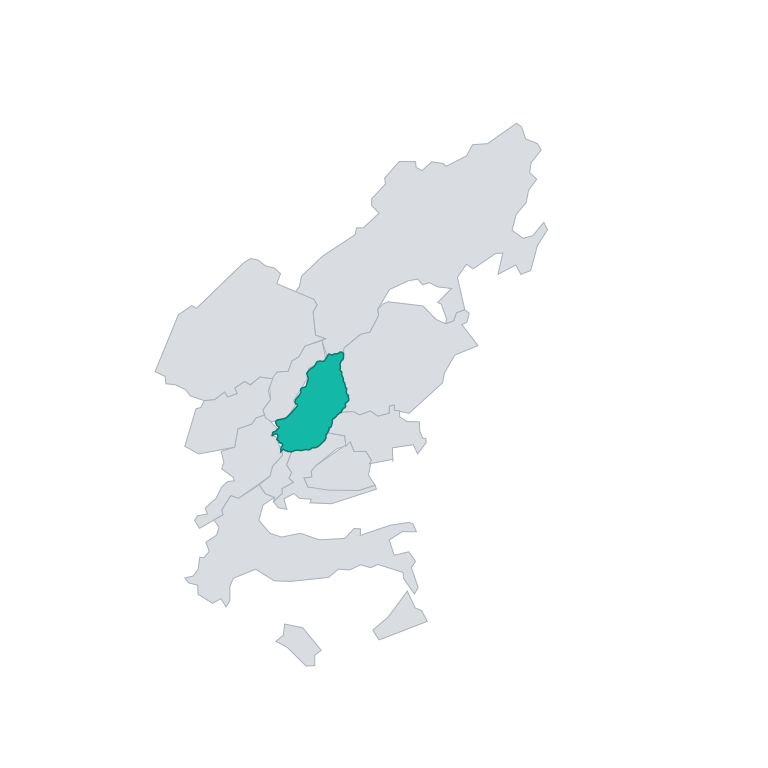 Hungary highlighted, Natural Earth projection, rotated 314°
{"feature_id": "HUN", "entity_name": "Hungary", "entity_type": "country or territory", "adm_level": 0, "iso_a3": "HUN", "parent_name": "Europe", "parent_adm1": "", "projection": "natural_earth1", "projection_center": [19.424, 47.153], "detail": "fine", "context": "with_neighbors", "style": "filled", "palette": "teal", "viewbox_px": 768, "rotation_deg": 314, "n_neighbors": 11, "source": "natural_earth", "source_scale": "50m", "svg_char_len": 8055}
<svg xmlns="http://www.w3.org/2000/svg" viewBox="0 0 768 768"><g transform="rotate(314 384 384)"><path d="M585.4,382.8L594.0,388.0L611.3,386.7L608.5,394.5L590.1,398.2L567.6,410.7L557.9,406.3L561.1,396.1L542.1,389.8L560.7,378.5L555.5,373.6L528.8,368.1L527.3,360.1L511.7,362.7L493.5,390.6L485.6,386.8L477.7,390.3L470.0,386.3L474.2,384.0L481.3,369.7L479.9,365.9L499.6,366.2L491.3,355.3L488.4,346.3L482.1,342.8L483.0,335.5L475.2,329.8L455.7,322.3L433.6,327.6L429.5,332.6L411.5,337.9L403.6,332.7L382.4,330.3L375.2,334.8L373.9,329.1L364.6,323.3L372.3,309.1L375.9,310.4L371.5,300.8L386.3,283.1L394.5,280.7L396.1,274.7L387.4,256.3L395.3,255.5L404.2,249.8L433.5,251.0L471.3,259.5L477.3,255.8L481.9,260.7L503.4,261.8L503.8,251.2L508.6,246.5L528.8,246.1L532.7,241.4L554.6,240.4L565.9,252.3L562.1,256.6L563.9,263.1L577.1,264.1L583.7,273.3L583.7,277.4L605.3,284.9L617.7,281.5L628.8,291.5L663.7,298.2L664.4,304.4L658.7,315.6L663.5,327.3L661.5,334.5L645.3,336.1L637.2,342.0L637.4,351.6L624.0,353.3L613.3,360.2L597.6,361.4L583.5,369.4L585.4,382.8Z" fill="#d9dde1" stroke="#a8b0b8" stroke-width="1"/><path d="M385.7,207.4L386.6,216.6L391.3,224.6L391.4,232.9L381.7,237.2L396.1,274.7L394.5,280.7L386.3,283.1L371.5,300.8L375.9,310.4L356.3,300.9L344.4,303.9L336.5,301.8L326.6,306.3L318.2,298.8L311.4,301.7L302.8,289.9L290.5,288.6L289.0,282.0L277.6,279.6L275.1,285.1L266.1,280.7L267.3,274.9L254.9,273.1L247.2,266.2L240.8,252.8L242.2,245.5L238.4,234.3L232.7,226.9L237.4,221.3L233.9,210.7L290.9,188.0L307.0,191.4L308.2,196.5L373.4,198.8L381.7,201.0L385.7,207.4Z" fill="#d9dde1" stroke="#a8b0b8" stroke-width="1"/><path d="M278.7,319.6L277.5,338.4L268.0,338.5L271.2,343.1L262.2,360.6L247.4,361.1L238.7,366.0L200.7,358.8L197.2,351.3L180.4,355.0L178.2,359.1L152.0,351.6L154.3,342.5L159.5,341.3L167.8,347.3L170.4,341.6L185.2,342.5L197.4,338.7L205.4,339.3L210.5,343.7L212.2,340.1L210.2,326.1L216.3,323.4L222.5,313.6L234.8,320.4L250.3,310.1L263.1,316.6L271.0,315.5L278.7,319.6Z" fill="#d9dde1" stroke="#a8b0b8" stroke-width="1"/><path d="M470.0,386.3L477.7,390.3L485.6,386.8L493.5,390.6L494.1,396.1L486.0,400.8L480.8,398.8L476.9,424.9L454.0,414.8L433.9,419.8L425.6,425.3L380.4,422.4L372.2,409.7L376.1,406.0L371.8,403.3L366.5,408.2L356.5,401.9L355.1,393.0L344.7,387.9L342.7,381.0L333.5,372.5L347.0,368.5L365.0,339.3L382.4,330.3L403.6,332.7L411.5,337.9L429.5,332.6L433.6,327.6L440.7,327.6L445.9,329.7L467.2,357.8L466.6,376.5L470.0,386.3Z" fill="#d9dde1" stroke="#a8b0b8" stroke-width="1"/><path d="M271.5,364.4L289.5,376.3L303.5,380.5L309.8,377.3L319.4,391.8L312.8,399.9L305.1,395.1L278.6,391.8L270.7,392.3L266.9,396.8L260.9,391.8L257.1,400.8L289.8,439.7L305.0,447.9L303.1,451.6L261.3,429.3L247.1,413.3L250.6,411.7L242.9,402.6L242.7,395.3L231.8,391.8L226.4,401.2L221.5,393.9L222.7,386.1L234.6,386.8L237.8,383.2L250.2,387.1L250.2,381.1L256.1,378.9L257.9,370.2L271.5,364.4Z" fill="#d9dde1" stroke="#a8b0b8" stroke-width="1"/><path d="M168.1,356.1L178.2,359.1L180.4,355.0L197.2,351.3L200.7,358.8L224.8,364.3L222.7,374.9L226.5,384.1L213.1,381.0L199.0,388.6L197.4,405.6L202.7,416.6L218.5,427.5L226.8,445.5L245.7,463.1L259.3,462.9L263.5,467.8L258.6,472.1L286.8,486.6L301.7,498.0L303.5,502.1L300.2,510.0L290.5,499.7L275.4,496.1L267.9,510.3L280.5,518.4L278.3,529.9L270.9,531.2L261.3,550.0L254.0,551.7L257.8,533.2L261.7,528.5L249.8,504.8L242.6,502.0L237.6,492.6L226.5,488.6L219.1,479.8L206.3,478.4L177.5,454.3L166.2,441.8L161.6,420.3L139.5,410.6L131.5,413.6L121.1,423.6L113.9,425.2L116.3,415.8L107.1,413.0L103.6,396.3L109.8,389.7L105.2,381.6L106.2,375.5L113.3,380.1L121.6,379.1L131.4,371.8L134.2,375.2L142.3,374.5L146.4,365.8L158.8,368.5L166.4,364.9L168.1,356.1ZM219.7,548.9L251.2,544.6L244.6,561.9L247.1,568.7L243.3,580.0L196.4,558.2L199.1,546.9L219.7,548.9ZM133.3,486.1L142.3,479.3L152.2,494.9L148.8,523.8L140.8,522.5L133.4,529.8L127.0,524.0L127.3,497.5L123.8,485.0L133.3,486.1Z" fill="#d9dde1" stroke="#a8b0b8" stroke-width="1"/><path d="M224.8,364.3L238.7,366.0L247.4,361.1L262.2,360.6L265.5,356.9L268.3,357.2L271.5,364.4L257.9,370.2L256.1,378.9L250.2,381.1L250.2,387.1L237.8,383.2L234.6,386.8L222.7,386.1L226.5,384.1L222.7,374.9L224.8,364.3Z" fill="#d9dde1" stroke="#a8b0b8" stroke-width="1"/><path d="M372.3,309.1L361.0,325.5L343.0,319.0L333.6,325.3L309.1,330.6L307.7,334.9L293.6,337.5L278.9,329.7L277.3,322.3L281.1,314.9L294.2,313.0L305.5,300.4L318.2,298.8L326.6,306.3L336.5,301.8L344.4,303.9L356.3,300.9L372.3,309.1Z" fill="#d9dde1" stroke="#a8b0b8" stroke-width="1"/><path d="M247.2,266.2L254.9,273.1L267.3,274.9L266.1,280.7L275.1,285.1L277.6,279.6L289.0,282.0L290.5,288.6L302.8,289.9L310.4,300.4L299.0,305.2L294.2,313.0L281.1,314.9L278.7,319.6L271.0,315.5L263.1,316.6L250.3,310.1L234.8,320.4L205.0,299.3L200.8,284.0L235.5,266.0L239.8,268.5L247.2,266.2Z" fill="#d9dde1" stroke="#a8b0b8" stroke-width="1"/><path d="M305.0,447.9L289.8,439.7L269.0,417.7L257.1,400.8L260.9,391.8L266.9,396.8L270.7,392.3L278.6,391.8L319.0,399.9L314.7,409.4L323.0,417.7L320.5,428.0L307.6,436.0L305.0,447.9Z" fill="#d9dde1" stroke="#a8b0b8" stroke-width="1"/><path d="M309.8,377.3L322.9,371.6L333.5,372.5L342.7,381.0L344.7,387.9L355.1,393.0L356.5,401.9L366.5,408.2L371.8,403.3L376.1,406.0L372.2,409.7L375.4,413.5L371.2,418.4L372.8,426.3L381.3,435.7L374.8,442.5L372.0,449.4L373.9,452.0L371.1,455.1L357.2,456.7L360.6,447.2L343.9,434.4L334.3,444.4L335.7,442.5L316.4,428.9L320.5,428.0L323.0,417.7L314.7,409.4L319.0,399.9L312.8,399.9L319.4,391.8L309.8,377.3Z" fill="#d9dde1" stroke="#a8b0b8" stroke-width="1"/><path d="M365.3,323.6L366.9,323.5L367.0,323.5L367.4,323.6L367.7,324.6L368.1,325.3L368.5,326.2L369.0,326.8L370.3,327.1L371.9,327.9L373.0,329.4L374.6,330.1L375.0,330.0L376.1,330.0L376.3,330.3L377.3,331.0L377.6,331.7L377.4,332.4L377.6,333.2L378.0,333.4L377.6,334.0L374.7,336.6L373.5,337.3L372.8,337.5L371.5,337.2L370.3,337.4L369.2,338.0L368.2,338.1L367.4,338.8L366.4,340.3L365.2,341.5L364.0,342.2L363.3,342.9L363.3,345.3L362.6,345.9L361.7,346.6L361.2,347.2L359.8,350.8L358.7,351.9L357.7,352.8L357.6,353.6L357.6,354.5L356.5,356.4L355.0,358.3L354.7,359.1L355.0,360.1L353.6,361.3L352.7,361.9L352.0,362.2L351.6,363.0L350.9,364.8L351.1,365.6L351.1,366.4L349.9,366.9L349.6,367.7L349.2,368.7L348.7,369.2L347.4,370.1L343.9,369.7L342.6,370.0L342.2,370.6L342.1,371.1L341.7,371.6L340.9,372.2L340.1,372.4L338.3,371.7L334.5,372.4L333.8,373.0L333.3,372.6L332.5,372.2L328.6,371.8L327.1,372.2L325.0,372.0L323.2,371.6L321.8,372.0L320.5,373.4L319.9,373.9L319.4,374.2L318.3,374.7L317.5,375.2L316.3,375.6L315.2,375.6L314.2,374.9L313.9,375.1L313.5,375.7L313.0,376.2L311.5,376.8L311.1,376.8L309.9,377.2L308.0,377.5L307.1,377.3L305.3,379.3L304.8,379.7L303.2,380.3L301.8,380.6L300.7,380.4L300.2,380.4L295.1,380.3L292.4,379.8L290.7,379.0L289.6,378.1L289.1,377.2L287.7,376.6L285.7,376.4L284.0,375.4L282.9,373.6L281.3,372.3L279.4,371.3L277.8,369.8L276.7,368.0L274.6,366.3L271.6,364.8L270.7,364.5L270.5,364.0L269.1,362.2L268.4,361.5L268.5,360.6L268.2,360.1L267.7,359.8L267.4,358.4L267.3,357.5L266.8,356.8L263.6,356.7L266.3,354.4L267.7,353.7L269.3,353.8L269.8,353.6L269.9,353.3L270.2,352.5L270.3,351.8L270.4,351.1L270.3,350.8L269.5,350.6L269.2,349.0L269.6,348.3L270.0,347.9L269.5,345.9L269.7,345.2L270.9,345.1L271.9,344.6L272.7,344.2L273.0,343.5L273.7,342.3L273.1,340.7L269.6,339.7L269.4,339.3L270.2,338.8L271.1,338.2L271.6,337.7L272.3,337.7L273.2,337.9L274.9,339.0L275.5,339.2L276.2,338.9L276.8,338.8L278.7,338.8L280.3,338.6L279.9,337.4L279.9,336.5L279.7,335.8L279.9,335.0L280.5,334.4L280.7,333.1L281.7,332.2L282.1,332.1L283.9,332.2L284.3,332.5L284.5,332.5L287.3,334.7L289.9,336.4L292.0,337.2L295.1,337.3L298.4,337.4L304.0,337.1L308.2,336.9L308.4,336.5L309.1,335.5L308.6,334.6L308.6,333.6L309.3,332.3L311.4,331.2L317.3,330.8L320.7,329.9L321.2,328.8L322.3,327.8L323.3,327.5L324.7,328.0L326.4,329.0L327.9,329.5L328.8,329.2L331.8,327.6L335.2,326.0L337.6,321.7L337.8,321.0L340.4,320.6L344.1,320.6L346.0,321.2L347.5,321.5L349.6,321.4L352.7,320.5L353.9,320.5L354.8,321.2L355.8,321.7L356.5,322.4L357.0,323.4L357.2,323.7L357.7,324.2L358.5,324.9L359.2,325.1L365.0,323.9L365.3,323.6Z" fill="#14b8a6" stroke="#0f766e" stroke-width="1.5"/></g></svg>